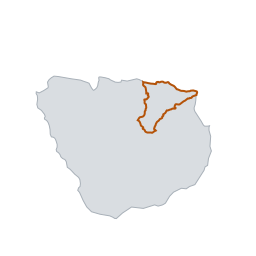 where Cerro Largo sits in Uruguay, rotated 327°
{"feature_id": "URY-12", "entity_name": "Cerro Largo", "entity_type": "Department", "adm_level": 1, "iso_a3": "URY", "parent_name": "Uruguay", "parent_adm1": "", "projection": "albers", "projection_center": [-54.394, -32.345], "detail": "fine", "context": "in_parent", "style": "outline", "palette": "amber", "viewbox_px": 256, "rotation_deg": 327, "n_neighbors": 0, "source": "natural_earth", "source_scale": "10m", "svg_char_len": 5124}
<svg xmlns="http://www.w3.org/2000/svg" viewBox="0 0 256 256"><g transform="rotate(327 128 128)"><path d="M197.6,170.5L196.2,171.7L194.6,174.2L192.8,180.0L186.7,188.1L185.4,192.7L178.9,197.4L174.4,202.7L171.4,202.6L168.7,204.9L153.3,211.9L147.8,210.6L143.7,210.7L139.9,207.6L131.2,206.6L125.7,207.9L118.5,211.4L116.3,211.4L114.7,211.2L110.7,209.9L108.5,207.0L97.1,203.8L87.9,196.2L77.1,196.3L68.9,197.6L67.6,196.6L66.7,194.6L64.9,191.8L57.6,185.1L51.8,178.4L50.4,171.7L50.9,164.4L52.3,155.6L51.9,152.9L53.9,151.3L56.0,150.9L57.9,148.6L59.5,145.1L59.7,142.6L58.2,137.8L57.0,131.2L55.7,127.9L57.9,122.6L57.9,120.1L56.5,117.9L56.0,115.6L56.5,113.2L56.3,111.0L55.4,108.8L56.0,107.0L58.1,105.5L59.6,103.3L60.5,100.3L61.0,98.0L61.0,96.5L60.3,95.0L58.9,93.7L59.4,90.9L61.8,86.8L63.3,83.1L64.0,79.9L63.9,77.3L62.9,75.4L63.3,74.1L64.8,73.3L65.4,71.2L65.0,66.1L63.3,62.0L64.4,58.6L67.9,54.6L69.6,51.4L69.7,49.1L70.8,47.7L72.6,50.2L77.7,50.7L82.8,50.7L83.6,50.0L85.5,45.7L88.1,44.5L91.0,44.1L94.2,44.2L97.6,46.9L107.2,55.8L114.3,62.0L116.5,65.0L118.3,67.2L119.7,69.2L119.2,74.6L119.4,77.0L119.7,77.7L121.3,77.7L123.6,77.3L125.6,76.1L127.1,74.4L128.6,72.9L129.8,72.2L130.2,71.0L130.9,69.8L131.6,69.5L133.0,70.4L136.3,73.5L138.8,76.3L139.4,77.9L140.4,79.6L141.4,81.1L142.2,82.5L144.6,84.4L147.1,85.6L148.7,84.4L152.9,88.2L162.1,91.5L163.8,93.5L165.4,96.3L168.6,100.6L173.0,104.4L176.6,106.1L180.0,107.0L181.9,107.8L183.2,109.3L185.3,110.9L186.6,111.5L187.0,112.9L188.4,116.1L189.8,120.0L191.3,123.6L194.5,127.2L198.2,129.9L202.1,131.5L204.2,133.4L205.2,135.4L202.5,138.3L199.7,142.0L197.1,144.9L194.6,146.9L193.7,148.3L193.1,150.5L193.1,162.0L192.8,166.3L193.0,167.4L193.3,168.2L194.9,169.3L196.8,170.3L197.6,170.5Z" fill="#d9dde1" stroke="#a8b0b8" stroke-width="1"/><path d="M165.7,97.8L165.8,98.0L166.6,98.8L167.6,99.5L168.5,100.4L169.4,101.4L171.4,103.3L173.1,104.5L174.5,105.8L175.2,106.3L175.6,106.3L175.9,105.9L176.4,105.4L177.0,105.2L177.5,105.3L178.1,105.6L178.6,105.9L178.8,106.2L179.0,106.7L179.3,106.9L179.6,107.0L180.6,107.1L181.1,107.3L181.5,107.5L182.4,108.1L182.7,108.5L182.8,108.8L182.9,109.2L183.1,109.6L183.4,109.9L183.8,110.3L184.6,110.8L186.3,111.2L186.7,111.5L186.9,111.9L186.9,113.2L187.8,115.2L189.3,117.5L189.6,118.4L189.8,119.6L189.9,121.4L190.0,122.0L190.3,122.4L191.0,123.1L191.3,123.5L191.8,124.4L192.4,125.3L193.1,126.0L195.0,127.3L196.7,129.3L198.3,129.9L199.6,130.7L200.1,130.8L201.1,130.9L202.0,131.5L203.0,131.9L203.4,132.3L205.3,134.4L205.6,134.9L205.5,135.6L205.1,136.1L204.0,136.9L203.4,137.6L199.9,136.8L199.2,136.7L198.9,136.8L198.6,136.8L198.2,137.1L197.9,137.2L197.7,137.2L197.3,137.1L197.0,137.1L196.9,137.0L196.5,136.6L196.3,136.5L195.9,136.5L195.4,136.5L195.1,136.5L194.9,136.4L194.7,136.1L194.4,135.9L194.2,135.8L191.0,136.1L190.3,136.1L189.2,135.9L184.3,136.3L184.0,136.2L183.8,136.2L183.6,136.1L183.3,135.9L181.5,134.4L181.2,134.2L180.7,134.1L180.4,134.2L179.6,134.7L179.4,134.8L179.2,135.0L178.6,135.6L178.4,135.9L178.4,136.1L178.5,136.4L178.7,136.7L178.7,136.9L178.8,137.0L178.7,137.2L178.5,137.4L178.1,137.4L177.9,137.3L177.7,137.2L176.0,136.0L175.8,136.0L175.6,135.9L175.4,135.9L174.8,135.9L174.6,135.9L174.4,135.9L174.2,135.8L173.8,135.6L173.6,135.5L172.8,135.4L172.2,135.2L171.1,135.0L170.9,135.0L170.7,134.9L170.3,134.5L170.2,134.4L169.9,134.5L169.5,134.6L168.0,135.5L167.4,135.7L165.7,135.8L165.3,135.7L165.1,135.7L164.9,135.8L164.8,136.1L164.6,136.6L164.4,136.9L164.2,137.0L163.7,137.1L163.3,137.0L163.1,137.0L162.9,137.1L162.8,137.3L162.6,137.6L162.4,137.9L162.2,138.1L161.9,138.2L161.5,138.2L161.2,138.2L160.4,138.0L160.0,137.9L159.6,137.9L159.4,137.9L158.0,138.5L157.5,138.6L156.6,138.6L155.8,138.7L155.4,138.8L153.7,139.7L153.2,140.1L152.7,140.6L152.5,140.8L152.3,140.9L151.3,141.3L151.0,141.6L150.7,141.8L150.6,142.0L149.9,142.4L149.8,142.5L149.6,142.7L149.4,143.0L149.3,143.4L149.4,143.7L149.8,144.5L149.9,145.3L148.3,145.1L146.2,145.2L145.8,145.2L145.5,145.1L145.4,145.0L145.0,144.5L144.9,144.4L142.1,142.6L141.7,142.3L141.2,141.6L140.9,141.1L140.7,140.7L140.6,140.3L140.6,140.1L140.8,139.3L140.8,138.6L140.8,138.4L140.8,138.2L140.7,138.0L140.2,137.3L140.0,137.0L140.0,136.7L140.1,136.4L140.4,136.2L140.8,136.1L141.0,135.9L141.1,135.7L141.0,135.3L140.3,133.5L140.2,133.3L140.2,132.9L140.3,132.5L140.7,131.4L141.1,129.6L141.1,129.2L141.1,128.7L141.0,128.0L140.4,126.8L143.0,125.6L144.0,125.5L145.9,126.3L146.9,126.5L148.0,126.3L148.9,125.9L149.6,125.3L150.2,124.6L150.8,123.6L151.3,123.1L152.3,122.8L152.6,122.5L152.8,122.1L153.1,121.7L153.4,121.5L154.0,121.2L154.3,121.0L154.7,120.3L155.4,118.9L155.8,118.2L155.9,117.8L155.8,117.4L155.6,117.0L155.5,116.7L155.5,116.3L155.6,116.0L155.9,115.5L156.5,114.7L156.8,114.2L156.9,113.4L157.2,113.1L157.9,113.3L159.1,114.0L159.5,114.0L160.2,113.8L160.8,113.6L161.4,113.5L162.1,113.3L162.5,112.8L162.6,112.2L162.3,111.6L162.6,111.2L163.4,110.6L163.6,110.2L163.5,109.6L163.1,109.4L162.6,109.4L162.1,109.0L163.1,107.5L163.5,106.5L163.9,105.7L164.6,104.0L164.8,103.4L164.6,102.5L164.1,101.0L164.1,100.1L164.3,99.8L164.6,99.4L164.9,99.1L165.1,98.9L165.6,98.0L165.7,97.8L165.7,97.8Z" fill="none" stroke="#b45309" stroke-width="2"/></g></svg>